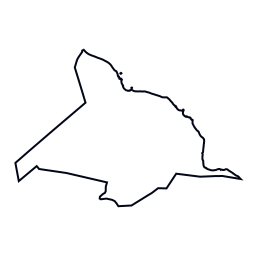 outline of East-Central, Guadalcanal, Solomon Islands
{"feature_id": "97153195B72128513413491", "entity_name": "East-Central", "entity_type": "district", "adm_level": 2, "iso_a3": "SLB", "parent_name": "Solomon Islands", "parent_adm1": "Guadalcanal", "projection": "albers", "projection_center": [160.571, -9.616], "detail": "fine", "context": "isolated", "style": "outline", "palette": "ink", "viewbox_px": 256, "rotation_deg": 0, "n_neighbors": 0, "source": "geoboundaries", "source_scale": "gbopen_adm2", "svg_char_len": 5392}
<svg xmlns="http://www.w3.org/2000/svg" viewBox="0 0 256 256"><path d="M240.6,179.0L239.9,178.3L239.4,177.7L238.9,177.1L238.6,176.8L238.3,176.6L237.9,176.3L237.7,176.1L236.8,175.8L236.4,175.6L235.8,175.4L234.3,174.2L234.2,174.1L233.7,173.8L233.4,173.7L233.1,173.3L231.3,172.1L230.3,171.5L229.6,171.1L229.3,170.9L228.3,170.2L227.7,169.7L227.3,169.4L227.0,169.3L226.1,169.2L225.9,169.2L225.6,169.3L225.4,169.4L224.8,169.7L224.6,169.8L224.2,169.9L223.7,169.9L223.3,170.0L222.9,170.0L222.6,169.9L222.2,169.7L221.9,169.7L221.5,169.7L221.1,169.8L220.9,169.9L220.8,169.7L220.6,169.6L220.6,169.4L219.5,169.0L219.1,169.0L218.7,169.0L217.4,169.4L216.8,169.6L216.1,169.9L215.0,170.1L214.2,170.3L213.6,170.3L213.0,170.3L212.9,170.3L211.4,170.3L211.0,170.2L209.5,169.7L209.2,169.6L208.9,169.5L208.3,169.3L207.8,169.2L206.9,168.7L206.3,168.0L206.0,167.9L205.9,167.9L205.9,168.1L205.7,168.0L205.5,167.8L205.5,167.7L205.4,167.6L205.0,167.5L204.9,167.5L204.4,167.2L204.0,166.6L203.8,166.2L203.7,165.8L203.5,165.0L203.4,163.9L203.3,163.1L203.2,162.4L203.3,161.6L203.3,161.2L203.2,160.9L202.9,160.5L202.7,159.9L202.6,159.4L202.4,159.2L202.5,158.3L202.4,157.4L202.5,155.6L202.7,154.8L202.7,154.3L202.6,153.9L202.2,153.3L202.3,153.0L202.4,152.7L202.5,152.6L202.9,152.3L203.0,152.1L203.1,151.6L203.1,151.3L203.2,150.0L203.3,148.6L203.4,148.1L203.5,147.2L203.6,146.7L203.6,146.1L203.7,145.4L203.8,144.3L203.8,144.1L204.0,143.5L204.0,143.1L204.0,142.9L204.0,142.6L204.2,141.3L204.2,141.2L204.1,140.4L204.0,140.0L204.1,139.7L204.0,139.4L204.0,139.2L203.7,138.9L203.4,138.6L203.3,138.3L203.2,138.1L202.8,137.7L201.9,137.1L201.4,136.7L200.7,136.0L200.3,135.5L199.9,134.8L199.5,134.1L199.3,133.5L198.9,132.3L198.7,132.0L198.4,131.7L198.2,131.4L197.9,131.0L197.2,130.7L196.7,130.1L196.3,129.6L195.5,128.5L194.8,127.7L194.7,127.5L194.5,127.0L194.1,126.6L194.0,126.3L193.5,125.3L192.8,124.0L192.6,123.6L192.5,123.1L192.5,122.8L192.6,120.7L192.7,120.2L192.5,119.8L192.2,119.7L192.0,119.8L192.0,120.0L191.8,119.9L191.6,119.8L191.4,119.5L191.1,119.0L190.8,118.8L190.6,118.7L190.4,118.2L190.5,117.9L190.4,117.7L190.0,117.5L189.9,117.5L189.6,117.3L189.2,117.3L188.7,117.4L188.4,117.3L188.0,117.1L187.4,116.7L187.0,116.5L186.8,116.3L186.4,116.3L186.0,116.5L185.9,116.6L186.0,116.8L185.9,116.8L185.3,116.5L185.2,116.4L184.4,115.8L184.4,115.6L183.7,115.1L183.5,114.9L183.3,114.7L183.2,114.5L183.0,113.8L182.9,113.4L182.9,113.2L183.0,112.1L183.3,111.0L183.5,110.5L183.7,110.2L183.4,109.6L183.1,109.6L182.8,109.9L182.7,110.2L182.5,110.4L182.3,110.6L181.9,110.7L181.7,110.7L181.3,110.6L180.5,110.4L179.9,110.3L179.3,110.3L179.0,110.2L178.2,109.7L177.9,109.5L177.8,109.3L177.5,109.1L176.9,108.3L176.4,107.3L175.8,106.1L175.7,106.1L175.5,106.5L175.4,106.6L175.2,106.3L175.3,106.1L175.2,105.9L175.1,105.7L174.9,105.6L174.5,105.4L174.0,105.0L173.6,104.6L172.8,103.6L172.5,103.1L172.4,102.7L172.0,102.4L171.5,101.9L171.3,101.6L170.7,101.0L170.0,100.3L169.5,99.5L169.3,99.2L169.1,99.1L168.7,98.9L168.3,98.5L167.4,97.7L167.0,97.4L166.6,97.3L166.1,97.3L165.4,97.4L164.6,97.4L164.0,97.3L162.5,97.3L161.0,96.7L159.9,96.2L158.5,95.7L157.3,95.4L156.3,95.0L155.4,94.8L153.6,94.2L152.9,94.0L152.3,93.8L151.3,93.5L149.4,92.7L148.3,92.4L145.2,91.5L144.2,91.4L143.4,91.4L143.2,91.5L142.8,91.5L142.4,91.5L141.9,91.5L141.4,91.3L140.3,91.3L139.8,91.4L138.8,91.4L138.5,91.4L137.7,91.4L136.9,91.4L136.1,91.3L135.3,91.3L134.8,91.2L134.4,91.2L134.1,91.1L131.5,89.8L131.2,89.8L130.7,90.0L130.1,90.3L129.8,90.4L129.7,90.4L129.7,90.7L128.9,90.8L128.5,90.8L128.0,90.8L127.2,90.5L126.7,90.4L126.0,90.2L124.9,89.3L124.3,88.8L123.8,88.2L123.3,87.2L123.2,86.8L123.0,86.6L122.9,86.2L123.0,86.0L123.1,85.9L123.1,85.7L122.9,85.2L122.7,85.0L122.3,84.5L122.0,83.9L121.8,83.6L121.5,82.3L121.4,81.9L121.4,81.4L121.3,80.9L121.3,80.5L121.5,80.3L121.7,80.2L121.8,79.9L121.9,79.7L121.8,79.4L121.4,79.0L121.2,78.8L120.8,79.0L120.6,79.0L120.6,78.7L120.4,78.5L120.1,78.5L119.9,78.7L119.7,78.8L119.4,78.7L119.4,78.4L119.5,78.3L119.5,77.8L119.4,77.7L119.2,77.5L118.8,77.4L118.8,77.0L118.9,76.9L118.9,76.6L118.7,76.5L118.3,76.5L118.2,76.3L118.0,76.1L117.8,75.5L117.7,74.7L117.7,74.4L117.4,73.5L117.0,72.8L116.8,72.3L116.6,71.7L116.5,71.4L116.3,71.3L115.4,70.7L115.0,70.6L114.6,70.3L114.3,70.0L113.4,68.7L113.1,68.3L112.7,67.8L112.4,67.3L112.2,67.1L111.8,66.4L110.6,64.7L109.9,64.0L109.2,63.4L108.4,62.7L107.7,62.3L106.0,61.3L105.3,61.0L104.6,60.6L103.9,60.2L103.3,59.9L102.8,59.6L101.7,59.2L100.0,58.5L98.3,58.0L95.9,57.0L95.1,56.7L94.9,56.6L94.1,56.3L91.8,55.5L89.7,54.6L89.0,54.3L87.8,53.6L87.3,53.2L86.3,52.5L84.8,51.0L83.9,50.0L83.7,49.8L82.2,50.6L82.1,52.0L79.6,55.6L78.2,57.7L77.9,58.3L77.5,59.0L76.9,60.4L74.8,67.5L78.9,80.8L82.6,93.0L85.5,102.7L70.7,115.3L53.3,130.1L28.9,151.1L15.4,162.9L18.8,181.1L36.7,166.1L39.1,169.0L66.4,173.0L107.0,182.4L105.8,186.6L105.7,191.2L104.9,192.9L102.9,194.0L99.9,196.7L99.7,198.6L100.9,199.3L102.2,199.1L106.4,198.6L112.0,199.8L114.8,201.2L116.4,203.2L118.4,206.2L131.5,205.5L148.1,195.2L151.8,193.0L158.1,188.2L166.5,188.4L176.2,173.7L200.1,176.7L207.8,176.4L212.2,176.2L214.5,176.1L222.5,176.0L240.6,179.0ZM121.4,73.3L121.3,73.2L121.2,73.0L121.0,72.9L120.9,73.0L120.6,73.1L120.4,73.2L120.3,73.4L120.4,73.6L120.6,73.8L120.8,73.8L121.1,73.7L121.3,73.4L121.4,73.3ZM132.1,87.8L132.0,87.6L131.8,87.6L131.6,87.6L131.4,87.7L131.3,87.9L131.4,88.2L131.6,88.3L131.8,88.3L132.0,88.1L132.1,87.8Z" fill="none" stroke="#020617" stroke-width="2"/></svg>